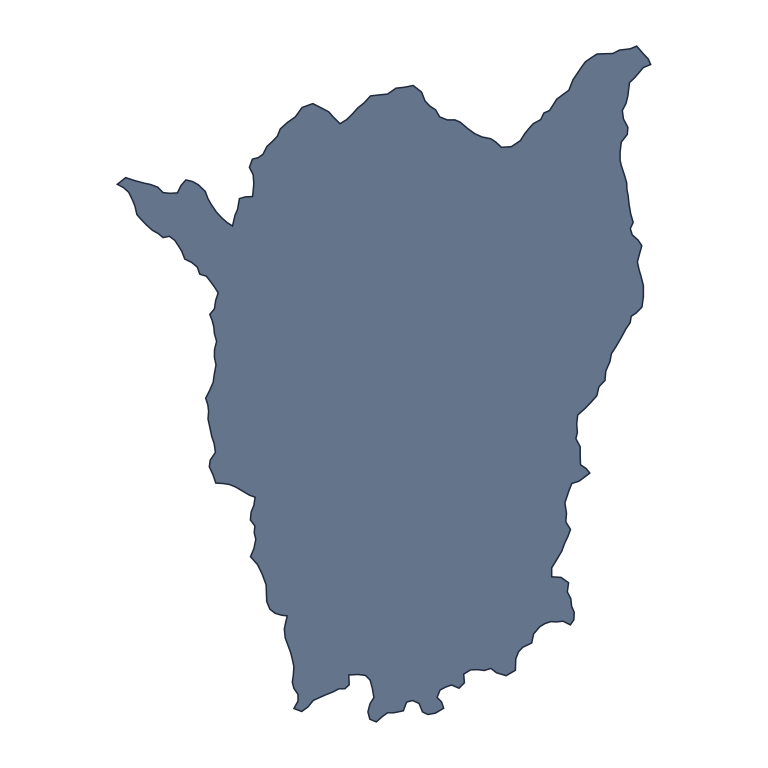 the district of São Tiago, Minas Gerais, Brazil
{"feature_id": "56859067B90152624150302", "entity_name": "São Tiago", "entity_type": "district", "adm_level": 2, "iso_a3": "BRA", "parent_name": "Brazil", "parent_adm1": "Minas Gerais", "projection": "albers", "projection_center": [-44.566, -20.944], "detail": "fine", "context": "isolated", "style": "filled", "palette": "slate", "viewbox_px": 768, "rotation_deg": 0, "n_neighbors": 0, "source": "geoboundaries", "source_scale": "gbopen_adm2", "svg_char_len": 3811}
<svg xmlns="http://www.w3.org/2000/svg" viewBox="0 0 768 768"><path d="M293.9,708.5L301.7,711.5L308.0,706.9L313.3,700.4L319.9,697.4L326.7,694.4L333.3,691.8L338.9,688.8L344.8,688.8L349.2,684.8L348.8,675.0L358.0,674.5L365.4,675.4L370.1,680.1L372.3,688.2L373.9,697.6L370.0,703.8L367.9,711.9L369.8,719.2L376.3,721.9L382.3,716.6L387.5,712.8L393.7,712.8L403.4,710.8L406.6,702.1L412.6,700.5L419.1,703.5L422.5,711.9L427.8,714.5L435.3,713.2L443.7,708.2L441.5,701.9L437.1,697.4L440.0,690.1L445.6,687.1L451.6,685.0L459.0,688.2L464.4,682.8L463.7,674.1L470.8,669.8L478.3,669.7L484.3,670.5L490.9,668.4L496.5,672.8L506.1,675.7L515.4,670.3L515.8,658.7L518.6,651.7L522.7,647.3L531.7,643.0L533.6,634.0L539.8,626.7L544.9,623.6L550.8,621.6L556.7,621.9L563.0,621.2L570.4,624.9L573.9,619.7L574.2,612.2L571.6,606.2L570.8,598.6L567.3,591.9L568.6,582.8L561.1,577.4L551.7,576.8L551.7,567.8L556.3,560.4L561.8,551.1L564.9,542.7L568.0,536.3L570.5,529.4L565.8,521.9L566.5,513.3L564.9,502.9L568.7,491.4L571.8,483.5L579.0,481.2L584.0,477.5L589.8,473.1L586.1,468.5L580.5,464.7L580.2,455.7L580.2,446.8L575.9,438.7L577.4,432.3L576.7,424.2L577.7,415.0L584.9,408.6L591.1,402.2L596.8,395.8L599.0,386.6L605.0,380.4L605.8,371.1L610.0,361.4L611.4,353.7L616.4,346.0L621.4,337.3L625.9,329.0L630.2,322.6L631.2,316.3L635.9,313.2L641.9,307.2L643.4,296.7L643.4,285.6L641.2,276.9L639.0,269.4L637.4,261.9L639.4,254.4L641.8,245.7L638.1,240.1L632.2,234.8L630.3,228.6L633.2,222.4L630.7,213.9L629.1,204.5L628.1,195.5L626.9,189.3L626.7,182.9L624.5,175.2L621.6,166.5L620.1,160.5L620.1,152.0L621.3,142.1L627.3,134.4L627.9,127.4L623.5,119.0L622.3,110.6L626.0,103.5L627.9,95.6L629.5,82.6L634.5,77.9L638.8,72.9L643.2,67.6L650.7,64.5L648.2,58.9L643.3,53.8L636.7,46.1L630.2,48.8L619.4,50.1L612.9,53.5L605.7,53.7L597.0,54.0L590.8,58.0L585.4,61.8L581.7,66.8L577.6,72.9L572.9,79.9L568.9,90.2L562.5,94.9L556.7,99.2L553.1,104.9L549.5,110.5L543.9,113.0L540.7,119.6L533.2,123.7L528.5,129.0L524.7,133.7L520.4,140.6L511.3,146.7L501.4,147.3L495.6,141.9L490.6,138.7L482.2,137.0L474.7,133.7L467.5,128.4L460.3,122.2L455.0,119.9L447.3,119.9L439.7,116.9L435.6,109.8L430.0,106.2L425.0,100.9L421.6,92.1L413.2,85.5L404.8,87.2L396.0,88.2L387.5,94.1L379.3,94.9L370.5,95.9L364.1,102.9L357.8,107.9L352.5,113.9L346.8,119.5L340.0,123.7L333.2,116.9L328.8,111.9L321.9,108.2L312.8,103.6L302.1,107.5L295.3,116.9L287.2,122.6L280.3,128.9L277.3,136.3L272.5,141.3L266.8,146.6L263.1,154.1L258.1,157.7L252.4,159.1L249.4,167.4L253.2,174.8L253.8,183.9L252.6,196.5L245.4,196.9L239.4,198.6L237.6,209.2L235.0,215.2L232.5,226.0L227.2,222.6L221.6,217.7L216.5,212.2L210.9,203.9L207.9,198.5L205.3,191.5L198.4,184.8L192.5,181.5L185.9,179.9L181.0,185.5L177.4,192.9L169.8,193.3L163.1,192.6L157.8,187.2L150.6,184.5L144.3,183.2L134.7,180.6L125.7,177.6L117.3,184.3L123.5,187.6L128.7,192.3L132.3,199.6L134.9,206.0L136.9,214.6L140.7,219.0L146.5,225.0L152.5,230.4L157.9,233.3L163.1,237.6L169.4,236.3L174.8,240.4L178.6,246.1L181.8,251.4L184.8,259.1L191.6,262.4L197.3,267.1L199.8,274.2L206.3,276.2L210.0,280.9L214.4,286.9L218.2,292.9L215.7,300.3L214.4,308.9L209.8,314.4L212.2,320.6L213.8,327.0L214.4,333.6L216.6,341.3L214.5,349.8L214.4,357.1L216.0,364.8L214.2,374.6L213.2,382.3L209.4,390.9L205.7,398.2L207.9,405.2L208.6,411.3L208.0,419.0L209.8,427.3L211.8,436.7L214.2,443.8L215.4,452.4L210.2,460.1L209.3,466.8L213.0,474.8L215.8,483.1L223.0,483.5L229.5,484.5L235.8,487.1L242.7,491.2L249.5,495.2L255.1,497.2L253.9,505.2L251.1,512.2L250.4,520.0L254.9,526.0L254.2,532.6L255.8,539.3L253.9,548.6L250.5,556.7L257.6,564.7L262.1,574.0L266.1,584.7L266.4,592.8L266.7,601.5L269.9,609.2L275.1,613.3L281.5,615.2L287.3,615.9L285.8,621.9L284.3,629.0L285.2,637.9L287.9,645.1L290.8,653.0L292.4,659.6L293.9,666.7L293.3,675.2L292.3,682.1L293.9,688.4L298.0,694.4L298.0,701.1L293.9,708.5Z" fill="#64748b" stroke="#1e293b" stroke-width="1.5"/></svg>